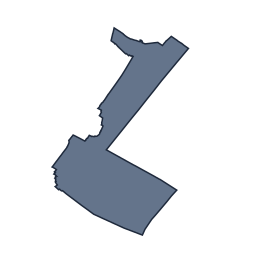 the district of Bloemendaal, Noord-Holland, Netherlands, rotated 195°
{"feature_id": "6326949B9558089239087", "entity_name": "Bloemendaal", "entity_type": "district", "adm_level": 2, "iso_a3": "NLD", "parent_name": "Netherlands", "parent_adm1": "Noord-Holland", "projection": "natural_earth1", "projection_center": [4.603, 52.374], "detail": "fine", "context": "isolated", "style": "filled", "palette": "slate", "viewbox_px": 256, "rotation_deg": 195, "n_neighbors": 0, "source": "geoboundaries", "source_scale": "gbopen_adm2", "svg_char_len": 4942}
<svg xmlns="http://www.w3.org/2000/svg" viewBox="0 0 256 256"><g transform="rotate(195 128 128)"><path d="M109.9,227.7L111.4,225.3L112.9,223.0L113.3,222.4L113.6,222.2L114.1,221.1L114.1,220.9L114.2,220.7L114.8,219.6L115.3,218.4L116.1,216.6L121.0,218.2L121.3,218.4L124.7,217.1L128.6,215.5L133.3,213.7L136.3,214.0L136.8,214.5L136.4,214.9L136.7,215.3L137.3,215.9L137.8,215.9L138.2,216.2L138.3,216.2L138.6,216.2L138.8,216.0L139.0,215.9L138.9,215.8L138.7,215.8L138.5,215.0L138.6,214.5L140.0,214.4L142.1,214.6L142.8,214.7L143.6,214.6L144.1,214.6L144.7,214.6L147.4,214.8L147.7,214.8L148.4,214.7L148.5,214.6L149.1,214.7L149.2,214.8L149.4,214.8L149.9,215.0L151.5,215.3L152.1,215.5L152.7,215.7L154.6,216.4L154.9,216.5L155.4,216.8L155.5,216.9L155.7,217.0L156.4,217.2L156.6,217.3L156.8,217.6L157.0,217.7L157.6,217.9L158.3,218.2L159.3,218.5L159.7,218.6L159.9,218.7L160.1,218.8L160.9,219.1L163.6,219.9L167.3,221.1L167.3,220.8L167.2,219.3L167.1,216.0L167.2,215.0L167.2,214.6L167.2,214.3L167.1,213.9L167.1,212.3L167.0,210.2L167.0,208.8L166.9,207.9L166.6,207.8L165.4,207.3L165.1,207.2L164.7,207.1L164.3,206.9L164.1,206.9L163.7,206.7L163.3,206.5L162.9,206.1L162.5,205.8L162.0,206.2L161.3,205.8L161.2,205.7L160.7,205.4L160.2,205.1L159.0,204.2L158.7,204.0L158.6,203.9L158.2,203.9L157.8,203.6L157.4,203.2L157.0,203.1L156.4,202.8L156.3,202.7L150.1,199.3L149.2,199.0L148.9,199.4L148.1,199.1L146.8,198.4L146.0,198.0L145.5,198.6L145.4,198.8L143.5,198.2L143.4,198.4L143.2,198.7L142.6,198.6L142.3,198.7L141.6,198.5L141.7,198.2L142.3,195.8L145.6,184.1L147.6,177.5L149.0,173.5L151.9,165.6L155.9,155.0L156.0,155.0L156.1,154.5L156.1,154.4L156.3,153.9L156.5,153.4L156.7,152.8L156.6,152.7L156.7,152.4L157.0,151.9L157.1,151.5L157.1,151.3L157.4,150.4L157.6,150.0L157.6,149.9L157.9,149.1L157.9,148.9L157.9,148.7L158.0,148.5L158.3,148.1L158.7,147.3L158.8,146.8L158.9,146.5L158.9,146.3L159.0,146.2L159.2,145.9L159.6,145.6L160.1,144.9L160.2,144.7L160.1,144.2L160.2,143.9L160.6,143.2L160.9,142.7L160.9,142.4L161.0,142.1L160.9,141.8L160.9,141.6L161.0,141.3L161.0,141.2L161.3,140.4L161.7,139.8L161.9,139.4L162.1,139.1L158.5,138.4L158.3,138.3L158.4,137.8L158.5,137.7L158.5,137.4L158.4,137.2L158.3,136.9L158.2,136.8L157.9,136.5L157.8,136.4L158.0,135.4L158.1,135.1L158.3,134.3L158.4,133.8L158.6,133.1L158.6,132.9L158.8,132.5L155.1,131.1L155.0,130.0L154.8,128.5L154.8,128.1L154.8,127.3L154.8,126.7L154.8,126.4L154.4,125.3L154.3,125.0L154.4,124.6L154.5,124.5L154.6,124.1L153.1,123.8L152.9,123.7L152.7,123.3L152.7,123.1L153.0,121.0L153.4,118.0L153.6,118.1L153.6,117.5L153.7,116.8L154.0,116.7L154.0,116.1L153.9,115.0L153.9,114.9L154.2,114.3L154.3,114.1L155.4,112.6L155.7,112.2L155.8,112.1L156.9,111.6L157.0,111.6L157.7,111.7L157.8,111.7L157.9,111.3L157.9,111.2L158.0,111.1L158.3,111.0L158.7,110.9L159.1,110.8L159.5,110.8L160.7,110.7L160.8,110.7L160.9,110.4L163.2,110.9L163.4,110.9L163.5,110.9L163.9,109.7L164.3,108.3L164.3,107.9L164.4,107.5L164.5,107.4L165.0,107.4L165.3,106.9L165.7,105.9L165.9,105.2L165.7,105.1L166.3,104.2L169.2,104.9L172.7,105.7L174.7,106.1L175.9,106.4L177.9,106.8L179.2,107.0L179.4,106.4L179.6,105.9L179.8,105.5L180.0,105.2L180.2,104.6L180.3,104.3L180.5,104.0L180.8,103.2L181.2,102.3L181.2,102.1L181.3,102.0L181.4,101.9L181.5,101.5L181.9,101.0L182.0,100.8L181.9,100.7L181.7,100.3L181.6,100.0L181.2,98.9L181.2,98.7L181.2,98.0L181.3,97.1L181.6,95.4L181.7,94.4L181.9,94.3L182.0,93.6L182.1,93.1L182.3,92.5L182.5,92.0L184.3,87.7L184.8,86.5L184.9,86.2L185.3,85.1L186.7,81.8L188.2,78.0L188.2,77.9L188.5,77.4L188.8,76.6L190.4,72.5L190.6,72.0L191.2,70.7L190.5,70.6L188.7,70.1L188.0,69.9L186.4,69.3L186.8,68.5L186.8,68.4L186.7,68.4L186.7,68.2L187.4,66.9L187.6,67.0L187.8,66.6L187.5,66.4L187.4,66.3L186.6,66.0L186.9,65.5L187.1,65.4L187.2,64.8L187.4,64.9L187.7,64.3L187.2,64.2L186.8,64.1L186.1,63.9L185.9,63.9L185.7,63.7L184.9,63.2L185.0,63.2L184.9,63.0L185.0,62.9L184.8,62.8L185.0,62.6L185.0,62.4L185.1,62.5L185.1,62.1L185.4,62.1L185.5,62.0L185.3,61.0L185.3,60.9L185.6,60.8L185.7,60.6L185.1,60.4L185.0,60.1L184.8,59.8L184.6,59.9L184.4,59.4L184.6,59.2L184.2,58.1L183.9,58.0L183.7,57.8L184.0,57.5L184.3,57.1L183.9,56.7L183.6,56.5L182.6,55.4L182.2,55.3L181.5,54.7L182.3,53.7L182.6,53.3L182.7,52.8L182.8,52.8L183.0,52.8L183.2,52.6L179.0,50.4L178.2,51.2L177.5,50.7L177.2,50.6L176.4,50.2L176.2,50.1L175.9,50.1L175.7,50.1L175.4,50.1L175.0,50.5L173.9,50.0L171.4,48.8L170.5,48.4L170.0,48.2L152.7,41.2L148.2,39.5L138.7,35.8L127.5,33.9L105.9,30.3L86.4,28.3L85.4,34.5L83.3,40.6L81.5,45.8L77.9,53.1L74.6,60.1L71.4,66.9L68.6,73.3L66.8,76.8L64.8,80.6L83.7,86.6L85.0,86.8L87.0,87.4L87.4,87.4L89.1,87.9L92.7,88.8L98.4,90.2L100.9,90.8L103.7,91.5L111.0,93.3L113.4,93.8L143.3,101.3L133.9,122.6L128.7,134.5L126.7,139.0L125.4,141.9L122.8,147.6L117.6,159.7L117.0,161.1L112.0,172.5L111.8,173.0L107.9,182.2L97.8,204.2L97.5,204.8L90.2,220.5L91.6,221.0L94.3,222.0L95.2,222.3L98.2,223.7L98.3,223.6L102.6,225.0L102.8,225.1L103.3,225.4L109.9,227.7Z" fill="#64748b" stroke="#1e293b" stroke-width="1.5"/></g></svg>